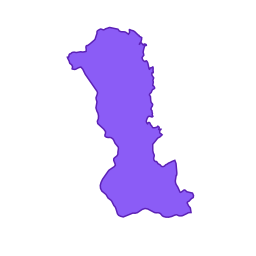 Košický, orthographic projection, rotated 68°
{"feature_id": "SVK-1057", "entity_name": "Košický", "entity_type": "Region", "adm_level": 1, "iso_a3": "SVK", "parent_name": "Slovakia", "parent_adm1": "", "projection": "orthographic", "projection_center": [21.122, 48.674], "detail": "fine", "context": "isolated", "style": "filled", "palette": "violet", "viewbox_px": 256, "rotation_deg": 68, "n_neighbors": 0, "source": "natural_earth", "source_scale": "10m", "svg_char_len": 5470}
<svg xmlns="http://www.w3.org/2000/svg" viewBox="0 0 256 256"><g transform="rotate(68 128 128)"><path d="M230.0,101.2L229.9,101.5L229.3,103.2L229.2,104.3L229.4,105.5L229.7,110.3L229.5,111.2L228.9,112.9L228.1,114.1L227.2,114.8L226.5,115.7L226.3,117.6L226.4,120.6L225.9,123.7L224.8,126.3L223.3,128.3L222.2,129.1L219.7,129.9L218.6,130.7L217.9,131.7L217.0,134.0L216.4,135.0L210.4,140.1L209.0,142.4L208.8,145.3L210.0,151.0L209.7,153.2L208.7,155.5L208.7,165.7L207.0,168.0L205.4,169.4L203.6,169.9L198.0,169.4L196.3,169.5L194.6,170.1L189.7,170.5L188.3,171.0L185.5,172.7L181.4,173.3L176.6,175.9L173.7,176.1L170.8,175.2L168.3,173.3L166.0,170.8L160.7,162.7L159.9,161.2L158.7,155.3L157.8,153.7L156.2,153.4L152.8,153.4L151.3,152.8L150.6,151.8L149.8,149.0L149.1,147.8L148.3,147.1L146.6,146.4L143.5,144.6L142.1,144.2L137.3,145.7L134.1,145.8L132.5,146.1L130.7,147.2L129.9,148.5L129.4,150.0L128.3,151.6L126.9,152.4L125.8,152.0L124.7,151.0L123.0,150.2L119.9,150.9L112.6,154.4L110.2,153.9L108.3,152.0L105.7,150.8L103.0,150.3L100.6,150.5L97.3,150.2L92.2,147.0L89.2,146.7L87.9,146.3L85.1,143.8L83.7,143.0L82.2,143.0L62.3,147.5L56.5,147.9L53.8,148.9L53.7,150.0L53.6,151.2L53.8,153.6L53.9,154.1L53.9,154.6L53.8,155.1L53.7,155.6L52.5,157.5L52.2,157.7L50.6,156.5L48.6,156.5L47.9,156.8L46.3,157.7L45.5,157.7L44.0,157.5L40.1,157.8L39.6,157.7L39.7,157.3L39.8,157.1L40.0,156.8L40.0,156.6L39.8,156.3L38.2,155.3L37.8,154.8L37.5,154.4L37.6,154.0L37.6,153.7L37.6,153.3L37.5,152.9L37.2,152.2L37.1,151.7L37.1,151.1L37.3,150.2L37.5,149.5L37.9,148.8L38.4,148.1L38.7,147.5L39.4,144.1L39.6,143.3L39.9,142.8L40.1,142.4L40.4,142.0L40.5,141.7L40.7,141.3L41.1,139.4L41.3,138.5L41.3,138.2L41.1,138.1L40.3,137.7L39.5,137.3L39.2,137.2L38.2,137.0L37.5,136.8L36.7,136.4L36.3,136.0L36.2,135.8L36.1,135.5L36.2,135.2L36.3,134.9L36.4,134.7L35.8,132.0L33.9,126.3L33.4,125.3L28.6,121.3L28.4,121.1L27.4,120.9L26.6,120.2L26.3,119.3L26.0,117.6L26.0,116.8L26.0,116.2L26.3,115.8L26.6,115.4L27.1,114.9L27.5,114.4L27.9,113.8L27.9,113.0L27.6,111.6L27.7,110.5L27.8,109.2L27.8,108.8L27.8,108.4L27.8,107.7L28.2,106.9L32.6,100.3L34.8,99.7L36.1,98.4L37.3,95.7L37.9,94.7L38.4,94.2L41.2,92.4L39.9,90.7L38.7,90.3L37.6,90.1L37.3,89.8L37.4,89.5L38.5,88.5L39.7,86.9L40.2,86.4L41.4,85.6L45.5,83.8L46.1,83.3L46.4,83.1L46.6,83.1L46.8,83.2L47.1,83.2L47.5,82.9L49.0,81.6L49.4,81.4L49.6,81.5L49.8,81.7L49.9,81.8L50.6,82.0L52.7,83.5L54.1,85.6L54.5,86.0L54.6,85.9L54.3,85.7L54.2,85.4L54.0,85.1L53.9,84.3L53.8,84.0L53.9,83.8L54.1,83.7L56.3,83.0L56.7,82.8L56.6,82.5L56.2,81.7L56.3,81.2L56.6,80.7L57.3,80.0L57.7,79.9L58.2,80.0L58.3,80.4L58.0,81.4L58.2,81.9L58.7,82.3L61.2,84.2L63.4,85.6L65.3,85.8L66.1,86.0L66.6,86.2L66.7,86.6L67.9,88.5L68.4,88.7L69.5,88.8L70.7,88.7L71.6,88.3L72.0,88.0L72.3,87.8L72.8,87.3L72.8,87.1L72.5,86.4L72.5,86.2L72.6,85.8L73.0,85.6L73.6,85.4L75.3,85.3L81.1,86.3L81.4,86.2L81.6,86.1L81.6,85.9L81.4,85.8L81.0,85.4L80.8,85.3L80.7,85.1L80.7,84.9L80.7,84.5L80.9,84.0L80.9,83.6L80.9,83.2L80.7,82.7L80.6,82.4L80.7,82.1L80.9,82.0L82.0,82.3L84.2,83.3L85.6,83.6L86.1,83.9L86.2,84.2L85.8,84.6L85.8,84.9L86.1,85.3L87.2,85.8L87.8,85.9L88.2,86.0L91.2,85.4L93.0,87.0L94.9,87.3L97.6,89.0L98.0,89.1L98.1,88.9L98.2,88.7L98.5,88.6L99.0,88.4L100.3,88.2L100.8,88.3L101.2,88.5L101.4,89.2L101.5,89.6L101.5,89.9L101.5,90.3L101.7,90.9L102.1,91.6L103.6,93.0L103.9,93.4L103.9,93.7L104.0,94.0L104.2,94.5L104.7,95.3L105.1,95.6L105.4,95.8L105.8,95.7L106.1,95.6L107.3,95.4L110.9,96.6L112.7,96.9L113.1,96.9L114.8,96.3L115.3,96.3L115.6,96.4L115.9,96.7L116.4,96.9L116.7,97.2L117.0,97.5L117.1,97.8L117.4,98.2L117.9,98.7L118.7,99.4L119.2,99.7L121.1,99.3L122.5,99.8L123.4,99.8L124.1,100.1L124.7,100.6L125.2,100.7L125.7,100.7L126.2,100.5L126.5,100.5L126.7,100.9L126.8,101.4L126.8,101.6L126.7,101.8L126.1,102.4L125.9,102.6L125.8,102.9L125.3,103.6L125.1,103.9L125.0,104.2L125.0,104.5L125.0,104.9L126.1,106.5L127.8,108.0L128.8,108.6L129.9,108.7L131.2,108.5L131.4,108.4L131.5,108.3L131.5,108.2L131.3,108.0L130.9,107.7L130.7,107.4L130.7,107.2L130.6,106.9L130.7,106.5L130.9,106.3L131.1,106.0L131.4,105.9L131.9,105.8L133.3,105.8L133.7,105.7L134.8,105.3L136.3,105.1L136.6,105.0L136.9,104.9L137.2,104.5L137.5,103.9L137.8,102.9L138.0,101.1L138.0,100.6L137.8,100.3L137.5,99.7L138.0,99.2L138.8,98.9L139.3,98.9L139.6,99.0L140.3,99.6L140.7,100.0L140.9,100.1L141.1,99.8L141.2,99.2L141.3,98.2L141.5,97.9L141.8,98.3L141.8,98.6L142.1,99.1L142.5,99.6L143.7,100.2L144.4,100.3L145.1,100.1L145.6,99.8L145.8,99.5L147.1,98.9L148.2,101.6L148.3,102.3L148.4,103.7L148.7,104.6L149.3,105.6L149.7,106.3L152.4,111.2L158.3,113.5L160.7,113.9L162.4,113.8L163.1,113.9L163.8,114.2L165.6,115.5L166.6,115.8L167.5,115.9L168.2,115.7L168.7,115.5L169.1,115.3L169.3,115.1L169.5,114.9L169.6,114.4L169.7,114.2L170.3,113.9L172.4,113.5L174.0,112.1L175.7,111.5L176.2,111.2L176.6,110.8L176.9,110.0L177.0,109.4L177.0,108.9L176.9,108.3L176.3,107.0L176.2,106.6L176.2,106.3L176.2,105.4L176.1,105.1L175.7,103.6L175.7,103.1L175.7,101.2L175.6,100.8L175.5,100.5L175.5,100.3L175.5,96.7L179.0,96.8L188.1,99.6L189.3,100.2L189.8,100.5L190.1,100.8L190.0,101.0L190.6,101.5L194.9,104.0L196.9,104.5L198.6,104.5L201.4,104.0L206.7,103.8L207.1,103.7L207.3,103.6L207.4,103.2L207.3,102.5L207.0,101.2L206.6,99.9L206.6,99.5L206.5,99.2L206.6,98.9L206.9,98.5L207.2,98.2L209.1,97.4L212.5,92.6L215.0,92.5L216.7,93.4L217.0,93.9L217.1,94.5L217.1,95.0L217.3,95.7L218.8,99.1L218.8,100.0L219.0,100.7L219.3,101.0L219.8,101.2L222.8,101.0L225.2,100.2L225.7,100.2L230.0,101.2L230.0,101.2Z" fill="#8b5cf6" stroke="#5b21b6" stroke-width="1.5"/></g></svg>